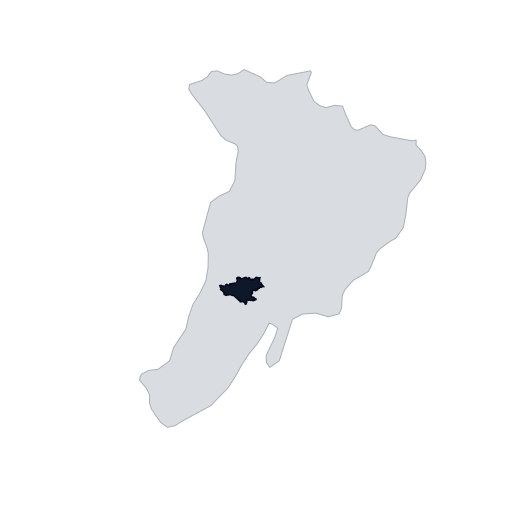 Monte Plata, Monte Plata, Dominican Republic shown in context, rotated 112°
{"feature_id": "3306468B2740041336238", "entity_name": "Monte Plata", "entity_type": "district", "adm_level": 2, "iso_a3": "DOM", "parent_name": "Dominican Republic", "parent_adm1": "Monte Plata", "projection": "orthographic", "projection_center": [-69.842, 18.762], "detail": "fine", "context": "in_parent", "style": "filled", "palette": "ink", "viewbox_px": 512, "rotation_deg": 112, "n_neighbors": 0, "source": "geoboundaries", "source_scale": "gbopen_adm2", "svg_char_len": 6336}
<svg xmlns="http://www.w3.org/2000/svg" viewBox="0 0 512 512"><g transform="rotate(112 256 256)"><path d="M87.6,336.9L88.3,318.7L91.1,311.3L88.6,303.5L77.1,295.0L70.1,284.3L63.9,274.8L65.3,273.4L78.0,273.1L82.4,269.7L91.0,260.1L92.8,252.4L92.2,246.5L86.7,239.4L84.7,231.9L91.5,225.5L100.5,216.2L101.8,212.6L101.6,209.0L91.4,198.9L90.7,194.6L95.7,183.9L95.3,176.7L90.7,154.3L88.5,151.0L93.1,149.2L96.2,142.6L100.3,136.7L105.7,133.5L111.8,131.6L123.8,131.9L140.5,137.2L145.2,137.1L161.3,132.6L174.6,130.1L187.1,133.1L192.1,137.1L202.5,143.6L207.6,145.5L224.0,145.5L228.4,146.1L242.1,156.7L253.7,160.9L260.4,161.2L272.4,157.1L278.4,157.2L285.3,166.3L286.6,179.2L292.3,191.0L301.1,198.5L344.4,195.2L354.1,201.4L350.8,206.5L344.7,209.3L324.1,208.1L315.1,208.7L313.3,213.8L313.2,218.6L325.3,219.7L337.1,222.0L349.2,225.8L361.5,228.3L375.3,230.0L388.9,232.6L411.6,241.8L436.9,262.7L443.6,267.4L448.1,274.0L446.0,282.1L437.2,295.5L432.1,299.8L424.7,302.5L419.7,308.0L414.8,317.4L411.8,318.2L408.3,317.8L402.2,312.6L397.9,304.5L385.7,296.9L371.3,298.0L350.0,293.6L337.1,295.8L324.3,296.3L311.1,294.0L297.9,293.2L284.7,296.1L271.9,301.0L267.1,304.1L258.9,311.6L254.5,314.4L223.3,318.2L214.3,312.6L206.0,304.9L194.0,303.8L176.6,309.6L165.7,311.7L161.3,314.2L160.0,317.1L159.8,327.7L157.3,334.1L140.2,358.4L130.4,375.5L126.5,380.8L121.9,381.9L113.6,372.0L108.3,368.3L101.7,366.5L98.9,361.2L99.1,353.7L97.5,346.4L93.4,340.7L87.6,336.9Z" fill="#d9dde1" stroke="#a8b0b8" stroke-width="1"/><path d="M304.3,247.2L303.8,247.2L303.0,247.2L302.6,247.2L302.4,247.2L302.0,247.4L301.4,247.6L300.5,248.0L300.4,248.1L300.2,248.1L299.6,247.8L299.6,247.7L299.5,247.4L299.6,247.2L299.7,246.9L299.8,246.8L299.8,246.5L299.8,246.3L299.7,246.2L299.3,245.3L299.2,245.2L299.2,244.4L299.2,244.2L299.0,243.9L298.7,243.6L298.6,243.4L298.6,243.1L298.6,242.2L298.5,241.9L298.4,241.8L298.3,241.7L298.1,241.5L298.0,241.4L297.5,240.7L296.8,240.2L296.6,239.9L296.4,239.7L296.2,239.7L296.0,239.8L295.9,239.9L295.8,240.0L295.8,240.3L295.8,241.0L295.7,241.4L295.7,241.6L295.2,242.4L295.2,242.5L295.2,242.8L295.2,243.0L295.4,243.4L295.4,243.6L295.5,243.9L295.5,244.3L295.4,244.5L295.1,245.2L295.0,245.4L294.9,245.6L294.6,245.8L294.4,245.9L294.0,245.9L293.4,245.9L293.1,245.9L292.9,245.8L292.4,245.4L292.1,245.3L291.9,245.3L291.7,245.3L291.4,245.5L291.2,245.8L291.0,246.2L290.9,246.3L290.6,246.3L290.4,246.2L289.9,246.1L289.2,245.8L289.1,245.7L288.8,245.4L288.5,245.1L288.3,244.9L288.3,244.7L288.3,244.4L288.3,244.1L288.5,243.7L288.4,243.5L288.3,243.3L288.1,243.2L287.6,242.9L287.3,242.7L287.0,242.3L286.7,242.0L286.7,241.9L286.3,241.8L286.2,241.8L285.6,242.2L285.5,242.3L285.4,242.2L285.2,242.1L284.8,241.2L284.7,241.0L284.5,240.9L284.1,240.7L283.9,240.6L283.5,240.9L283.4,241.0L283.2,241.0L283.1,240.9L282.9,240.8L282.8,240.6L282.8,240.4L283.1,240.2L283.2,239.9L283.0,239.3L282.9,239.2L282.7,239.0L282.4,238.9L282.2,238.7L281.9,238.4L281.8,238.2L281.5,237.5L281.2,238.0L280.9,238.6L280.9,238.8L280.8,239.3L280.7,239.4L280.7,239.5L280.3,239.7L280.1,240.0L279.9,240.2L279.8,240.4L279.7,240.6L279.2,241.2L279.0,241.4L279.0,241.5L278.9,242.3L278.9,242.6L278.7,242.9L278.5,243.2L278.2,243.4L278.0,243.5L277.8,243.6L277.1,243.6L276.9,243.6L276.7,243.7L275.9,244.1L275.7,244.2L275.4,244.2L274.7,244.2L275.0,244.7L275.1,244.8L275.3,245.4L275.4,245.7L275.5,245.9L275.5,246.3L275.5,247.3L275.6,247.6L275.8,247.9L276.3,248.0L276.5,248.1L276.9,248.4L277.3,248.7L277.5,248.9L277.6,249.0L277.8,249.1L278.3,249.0L278.5,249.1L278.8,249.4L278.9,249.6L278.9,249.9L278.9,250.8L279.0,251.0L279.2,251.3L279.3,251.3L279.9,251.4L280.1,251.5L280.1,251.8L279.9,252.1L279.7,252.6L279.8,253.0L279.9,253.3L279.7,253.5L279.0,253.6L278.8,253.6L278.7,253.7L278.6,253.9L278.6,254.1L278.7,254.4L278.8,254.5L279.0,254.5L279.5,254.3L279.8,254.4L279.9,254.5L279.9,255.3L279.9,255.6L280.0,255.7L280.3,255.8L280.5,256.0L280.4,256.3L280.2,256.4L279.8,256.4L279.7,256.5L279.5,256.9L279.5,257.2L279.6,257.4L279.7,257.6L280.0,257.7L280.1,257.8L280.3,258.3L280.5,258.8L281.0,259.0L281.3,259.4L281.7,259.6L281.9,260.0L282.3,260.3L282.6,260.7L282.7,261.0L282.9,261.2L282.9,261.4L282.8,261.6L282.7,261.7L282.2,262.2L282.2,262.3L282.1,262.6L282.2,262.9L282.5,263.2L282.6,263.4L282.6,263.5L282.2,263.7L282.1,263.8L282.2,264.0L282.3,264.3L282.7,264.9L283.1,265.3L283.4,265.5L283.7,265.5L283.8,265.5L284.0,265.4L284.5,265.1L285.2,264.5L285.4,264.3L286.1,264.0L286.3,264.0L286.6,264.0L287.1,264.2L287.4,264.2L287.6,264.2L287.9,264.0L288.1,264.0L288.3,264.0L288.5,264.0L288.7,264.4L288.7,264.5L288.8,264.5L289.1,264.6L289.2,264.9L289.2,265.0L289.2,265.8L289.3,266.0L289.6,266.2L289.7,266.3L289.8,266.3L289.9,267.0L290.0,267.2L290.2,267.5L290.8,268.1L291.0,268.3L291.0,268.5L291.2,268.8L291.3,269.1L291.4,269.5L291.5,269.7L291.7,269.8L291.9,269.8L292.3,269.6L292.6,269.4L292.8,269.3L293.1,269.3L293.2,269.5L293.3,269.6L293.3,269.8L293.3,272.3L293.3,272.6L293.4,272.8L293.5,272.9L293.6,273.0L294.1,273.2L294.3,273.2L294.6,273.1L294.8,273.1L295.2,273.1L295.4,273.1L295.5,273.1L295.7,273.3L295.7,273.5L295.8,273.6L295.8,274.3L295.8,274.5L296.0,274.8L296.3,275.0L296.4,275.3L296.4,275.7L296.4,276.2L296.3,276.4L296.2,276.6L296.2,276.8L296.3,277.2L296.4,277.6L296.5,277.8L296.7,278.0L297.0,278.4L297.5,277.9L298.1,277.7L298.4,277.3L298.5,277.1L298.6,276.7L298.7,276.4L298.9,276.3L299.1,276.2L299.3,276.2L299.9,276.2L300.3,276.3L300.4,276.0L300.5,275.6L300.7,275.3L300.7,275.2L300.8,274.4L301.0,273.9L301.1,273.3L301.1,273.1L301.5,272.7L302.0,272.2L302.5,271.8L302.7,271.5L302.9,271.4L303.0,271.3L303.1,271.2L303.4,271.1L303.6,271.1L303.6,270.5L303.6,269.9L303.6,269.5L303.7,269.1L303.6,268.8L303.4,268.6L303.1,268.3L302.8,268.1L302.7,268.0L302.7,267.8L302.6,267.3L302.5,267.1L302.4,266.9L301.9,266.4L301.7,266.1L301.6,265.6L301.5,265.3L301.4,265.1L301.4,264.7L301.4,263.5L301.4,263.1L301.3,262.8L301.2,262.5L301.1,262.3L301.1,262.0L301.1,261.7L301.1,261.3L301.6,260.3L301.8,259.7L302.0,259.3L302.1,258.8L302.3,258.3L302.4,257.8L302.8,256.9L303.0,256.3L303.5,255.3L303.5,255.1L303.6,254.6L303.6,254.4L303.8,254.1L304.2,253.7L304.3,253.5L304.4,253.4L304.1,252.8L303.9,252.5L303.8,252.1L303.4,251.7L303.2,251.0L303.0,250.6L302.9,250.3L303.0,250.1L303.1,249.9L303.5,249.6L303.7,249.2L303.8,249.0L303.9,248.5L304.0,248.4L304.2,248.2L304.5,248.1L304.7,247.9L304.7,247.7L304.3,247.2Z" fill="#0f172a" stroke="#020617" stroke-width="1.5"/></g></svg>